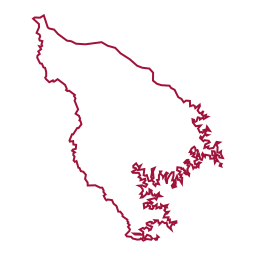 Guia Lopes da Laguna, Mato Grosso do Sul, Brazil (Albers equal-area conic projection)
{"feature_id": "56859067B83170351073830", "entity_name": "Guia Lopes da Laguna", "entity_type": "district", "adm_level": 2, "iso_a3": "BRA", "parent_name": "Brazil", "parent_adm1": "Mato Grosso do Sul", "projection": "albers", "projection_center": [-55.943, -21.55], "detail": "fine", "context": "isolated", "style": "outline", "palette": "rose", "viewbox_px": 256, "rotation_deg": 0, "n_neighbors": 0, "source": "geoboundaries", "source_scale": "gbopen_adm2", "svg_char_len": 5970}
<svg xmlns="http://www.w3.org/2000/svg" viewBox="0 0 256 256"><path d="M33.1,18.7L38.9,24.0L39.0,27.4L36.6,32.9L39.5,34.6L40.2,36.3L39.2,38.9L39.7,40.5L42.4,41.1L41.5,44.5L42.2,45.8L41.0,46.7L39.4,46.3L41.1,49.2L38.3,51.4L39.7,54.0L37.5,55.6L37.2,57.6L40.1,63.4L41.9,63.7L43.5,67.4L45.1,67.9L46.2,72.0L46.2,76.2L45.2,77.7L45.9,79.0L49.3,82.2L52.9,80.4L53.3,81.5L54.4,81.5L57.6,79.2L65.1,84.9L66.8,88.9L66.0,90.0L67.4,91.1L69.1,90.7L74.9,95.0L74.0,96.0L75.5,98.3L74.6,100.6L78.1,109.4L75.6,113.7L79.0,115.9L80.1,118.7L79.4,120.4L80.5,121.1L81.4,124.3L78.5,128.1L77.2,128.0L73.1,134.4L72.0,134.3L69.5,140.5L69.9,141.6L73.1,141.1L73.4,144.5L76.1,144.8L75.8,148.8L72.8,149.6L72.1,150.7L74.9,152.3L73.5,153.2L73.3,155.1L74.6,156.6L73.6,160.4L74.7,161.8L76.5,161.1L78.4,167.7L79.5,168.0L80.8,171.1L83.4,171.8L85.9,174.8L85.1,179.0L87.6,182.5L87.7,185.5L95.4,185.3L100.0,187.6L102.3,187.7L103.7,190.6L103.4,191.9L105.5,194.5L103.7,195.8L105.5,199.3L106.4,200.3L107.6,199.5L112.0,200.1L113.6,203.7L116.5,206.0L118.3,211.6L120.3,211.7L122.6,214.6L122.5,216.3L127.4,219.7L127.4,221.3L128.4,222.3L127.8,223.4L129.6,225.0L128.0,226.8L129.9,229.3L129.4,230.9L125.7,234.8L126.9,236.4L131.2,236.8L132.7,238.5L137.2,239.6L139.8,239.4L140.9,238.4L143.4,240.6L146.8,239.0L151.3,239.7L152.3,238.5L150.4,236.0L147.1,234.8L144.9,238.0L143.1,237.9L143.5,235.8L142.3,234.4L143.3,233.7L143.2,231.9L139.8,229.6L143.0,227.9L144.2,228.9L146.3,227.3L149.2,229.1L149.1,230.4L150.8,229.7L152.0,226.7L146.9,224.6L146.6,223.2L150.3,221.7L151.8,222.1L151.6,223.5L153.4,223.3L155.7,221.6L154.6,220.2L158.0,220.4L158.5,222.8L159.7,222.8L159.6,224.1L162.2,221.5L164.8,223.2L166.6,222.7L167.6,226.3L171.3,229.6L170.5,227.2L171.5,225.3L172.4,224.0L174.1,224.6L174.5,223.4L176.5,222.7L176.3,221.3L169.7,222.7L169.9,219.6L167.8,220.1L168.5,217.3L163.7,217.5L165.0,214.2L167.3,213.5L168.6,211.7L165.9,212.1L164.3,210.1L165.3,209.2L165.0,207.4L167.0,207.4L166.5,206.2L167.3,205.0L163.1,206.1L161.1,204.6L161.4,208.0L160.1,208.4L159.1,207.0L156.4,208.4L156.7,204.5L154.3,206.3L152.9,205.9L153.4,208.1L152.2,209.1L149.6,208.5L150.2,206.3L148.2,205.7L144.2,208.1L143.7,203.7L147.3,202.6L147.7,204.2L149.1,202.9L151.5,203.9L152.5,202.8L148.4,199.8L154.9,198.1L156.3,199.5L157.6,196.5L161.1,196.2L159.0,194.9L158.9,193.0L155.6,195.9L154.7,194.5L153.9,195.6L152.5,195.4L151.3,191.9L151.7,190.6L149.4,189.3L149.5,193.9L148.3,194.2L146.8,192.6L146.2,194.4L142.7,197.3L141.0,197.6L142.2,195.2L141.9,193.9L140.5,193.8L142.9,191.1L142.7,189.3L140.9,186.7L138.8,185.7L142.2,185.3L145.6,186.9L147.1,184.4L143.4,182.8L145.5,180.4L145.1,178.8L140.6,180.2L140.9,178.4L138.6,177.0L140.1,175.5L138.8,172.9L132.9,172.8L132.1,171.8L136.5,169.4L135.8,168.2L133.4,167.6L133.3,165.8L136.1,163.4L138.5,166.8L140.6,165.6L138.4,170.0L144.3,169.1L143.6,175.2L145.1,175.8L146.8,175.1L148.8,181.1L150.7,180.8L152.2,179.0L152.5,180.9L153.8,181.7L153.3,184.0L155.4,185.9L156.1,183.6L159.0,184.3L157.1,180.0L158.9,179.7L158.9,175.2L160.1,173.2L162.9,176.2L163.1,177.6L166.4,172.5L167.7,173.3L166.7,174.1L165.4,179.1L166.9,183.8L167.2,179.6L169.6,175.3L171.9,172.3L173.6,172.2L173.5,175.9L172.2,180.2L173.5,179.9L174.1,182.8L171.8,185.6L172.6,187.7L175.9,186.6L175.0,185.5L175.7,184.0L175.6,179.3L177.0,176.1L178.1,179.9L179.7,179.8L181.9,183.5L182.2,177.7L180.4,177.4L181.7,174.6L179.8,174.9L179.0,174.0L180.4,171.7L177.1,170.3L177.4,167.3L181.3,167.8L181.4,169.2L183.3,168.6L183.9,170.2L185.4,170.5L184.2,172.8L186.2,174.4L187.4,173.9L185.9,172.9L187.8,171.4L187.5,168.8L189.2,166.0L187.4,165.4L188.0,161.8L189.3,161.7L189.5,163.5L192.2,165.0L193.3,168.6L194.5,167.2L196.0,167.7L196.7,166.2L198.5,167.2L198.8,164.0L200.4,162.7L199.0,162.3L197.1,164.2L195.1,164.2L194.4,161.2L197.7,159.5L196.9,158.1L192.6,156.3L194.7,154.1L194.6,152.7L191.0,154.0L191.5,151.9L189.8,152.0L191.7,148.5L194.2,146.7L195.2,147.9L195.6,150.7L197.5,150.1L198.0,151.3L196.9,156.3L198.2,156.1L199.1,154.6L200.3,159.3L201.9,159.9L202.9,156.7L202.0,154.7L202.6,153.3L205.0,156.7L205.4,154.7L210.0,155.7L210.3,158.7L213.1,158.5L214.2,157.5L214.9,162.8L216.3,160.7L218.1,161.3L216.2,158.2L216.3,156.1L212.3,155.3L212.1,151.2L214.6,151.4L215.2,154.0L219.1,155.8L219.3,157.5L222.9,158.0L220.7,153.6L221.0,151.4L219.2,152.7L217.3,152.4L217.6,147.1L216.3,144.5L219.7,142.4L216.6,141.9L213.4,147.9L209.4,148.7L208.0,148.3L208.4,146.4L204.4,147.9L205.3,144.4L209.7,142.3L208.8,140.8L204.5,140.2L203.4,141.2L200.0,137.9L200.7,136.5L202.5,137.9L204.4,135.1L206.0,134.7L205.3,133.1L205.8,131.4L207.4,130.3L209.9,130.9L207.0,126.6L206.4,129.4L203.4,130.2L204.0,131.5L202.5,132.8L201.5,132.0L199.9,132.4L198.0,128.5L200.6,125.5L195.7,126.2L192.9,122.5L192.5,119.3L194.0,119.8L193.9,121.8L195.3,121.8L196.6,121.0L197.8,117.4L199.6,117.8L199.9,119.5L203.1,117.4L203.7,119.0L207.8,116.7L205.5,116.3L205.9,115.0L203.6,115.8L201.8,114.6L203.5,111.0L201.2,113.1L199.5,113.1L197.6,110.4L199.9,106.1L199.7,104.7L195.3,108.2L194.7,106.0L193.2,105.2L190.1,106.2L189.9,100.9L186.1,100.6L183.7,102.3L181.5,99.0L178.2,97.1L174.6,89.8L171.0,87.9L169.5,85.7L161.4,85.2L157.0,83.8L153.0,80.6L153.1,72.7L149.4,68.6L142.1,67.7L137.1,65.7L129.7,59.2L120.5,53.3L115.3,47.9L107.8,45.8L101.6,42.2L85.4,44.3L76.0,43.7L71.4,41.3L66.9,40.6L58.0,34.0L54.1,29.6L48.9,28.4L47.7,27.3L43.8,15.4L40.0,17.7L34.7,17.5L33.1,18.7ZM152.2,179.0L151.1,177.2L152.0,172.5L151.7,169.1L154.6,167.9L153.0,171.6L153.6,178.1L152.2,179.0ZM141.2,234.7L134.9,234.5L133.6,233.5L139.9,233.7L141.2,234.7ZM188.0,161.8L185.1,163.4L184.3,162.5L186.8,160.0L188.3,159.9L188.0,161.8ZM175.0,185.5L173.3,186.0L173.8,184.5L175.0,185.5ZM160.1,173.2L159.9,171.5L161.1,171.5L160.1,173.2ZM220.8,164.9L221.6,163.9L220.4,163.5L219.6,165.8L221.3,166.4L220.8,164.9ZM187.4,173.9L189.0,175.5L189.3,173.5L188.0,172.6L187.4,173.9ZM157.4,237.6L156.0,238.5L154.6,238.7L155.6,239.8L157.0,239.6L157.4,237.6ZM157.4,237.6L158.6,237.1L157.3,236.0L157.4,237.6ZM206.0,134.7L206.7,135.6L208.0,135.0L206.0,134.7Z" fill="none" stroke="#9f1239" stroke-width="2"/></svg>